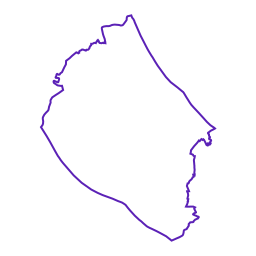 the district of Mo Cay Nam, Bến Tre, Vietnam
{"feature_id": "81297802B48166206611574", "entity_name": "Mo Cay Nam", "entity_type": "district", "adm_level": 2, "iso_a3": "VNM", "parent_name": "Vietnam", "parent_adm1": "Bến Tre", "projection": "albers", "projection_center": [106.374, 10.071], "detail": "fine", "context": "isolated", "style": "outline", "palette": "violet", "viewbox_px": 256, "rotation_deg": 0, "n_neighbors": 0, "source": "geoboundaries", "source_scale": "gbopen_adm2", "svg_char_len": 5607}
<svg xmlns="http://www.w3.org/2000/svg" viewBox="0 0 256 256"><path d="M81.7,182.8L91.2,189.5L97.7,192.9L102.7,195.1L112.6,198.7L118.1,201.1L120.6,202.0L122.1,202.6L123.7,203.6L125.6,204.9L125.8,205.2L127.9,207.9L130.0,210.4L134.8,215.7L137.5,218.2L139.2,219.8L141.3,221.4L143.2,223.2L146.8,226.3L147.8,226.9L149.9,228.0L151.3,228.6L156.3,231.0L159.4,232.6L166.2,236.3L170.6,239.8L171.6,240.6L179.8,237.0L181.6,236.0L182.4,235.5L182.8,235.1L183.2,234.2L183.4,233.4L183.6,232.5L183.7,231.7L183.8,230.8L184.0,230.4L184.2,230.1L184.7,229.8L186.6,229.1L187.1,228.3L187.2,228.0L187.3,227.8L187.7,227.5L187.9,227.0L188.2,226.4L188.5,226.2L188.7,225.9L188.8,225.5L188.7,224.2L188.8,223.9L189.1,223.7L189.3,223.5L189.5,223.3L189.6,223.1L189.7,222.9L189.8,222.6L190.5,222.3L191.7,222.2L192.5,222.2L192.8,222.1L193.0,222.1L193.4,221.9L193.7,221.1L194.8,220.0L195.2,219.6L195.5,219.5L195.8,219.4L196.0,219.3L196.6,219.0L197.3,218.7L197.7,218.6L197.8,218.4L198.0,218.3L198.1,218.0L198.3,217.8L198.6,217.5L198.7,217.4L198.7,217.0L198.6,216.8L198.4,216.7L198.1,216.6L197.9,216.6L197.6,216.5L197.0,216.3L196.5,215.9L195.6,215.6L194.2,215.0L193.2,214.5L193.1,214.4L193.1,214.2L193.3,214.0L194.1,213.3L195.1,212.9L195.7,212.6L196.0,212.4L196.0,212.2L195.3,211.0L195.2,210.9L195.1,210.7L194.8,209.9L194.5,209.5L194.2,208.6L194.2,208.4L194.7,207.9L195.1,207.4L193.2,206.6L191.4,206.6L187.3,206.7L186.0,206.6L186.8,204.9L187.2,204.1L187.6,202.8L188.0,201.5L187.7,201.4L188.3,199.1L187.4,198.7L188.1,195.7L188.2,195.2L188.1,194.5L188.0,193.8L187.7,192.5L187.7,192.2L187.2,191.8L187.1,191.3L189.0,191.2L186.9,186.0L187.6,183.4L188.3,183.3L188.5,183.3L188.8,182.9L189.2,181.5L189.8,180.8L190.5,180.1L191.0,179.8L191.6,179.1L192.2,178.4L192.4,177.8L192.6,177.4L193.7,176.7L193.3,175.0L194.6,175.4L194.7,174.2L194.2,174.1L194.6,170.2L194.6,169.4L194.5,168.6L194.4,167.5L194.4,165.6L194.3,165.0L194.2,163.5L193.9,160.4L194.0,159.5L194.5,157.9L194.6,157.4L194.8,156.2L194.4,156.2L194.1,156.1L193.9,156.0L193.5,155.7L193.3,155.5L193.1,155.0L193.0,154.8L192.8,154.6L190.4,153.7L190.9,151.8L190.9,151.0L191.0,150.3L194.1,146.2L197.1,142.9L198.4,141.2L198.9,140.5L199.7,141.1L201.4,139.1L202.7,140.0L203.1,139.7L202.9,139.4L203.2,139.2L203.7,139.7L204.0,139.8L205.2,142.1L206.4,144.8L206.6,145.0L207.5,145.5L207.9,145.4L207.9,145.2L207.8,144.9L207.6,144.8L207.5,144.6L207.5,144.3L207.5,144.0L207.4,143.7L207.6,143.4L208.0,143.5L208.3,143.6L208.6,143.9L208.7,144.3L209.0,144.6L209.3,144.7L209.8,144.6L210.3,144.0L210.6,143.5L210.7,143.3L210.6,143.1L209.7,143.0L209.5,142.9L209.6,142.5L210.1,142.1L210.5,141.5L210.7,141.2L211.1,140.8L211.1,140.6L211.1,140.4L211.0,140.1L210.9,139.9L210.5,139.6L210.3,139.5L209.6,139.3L209.3,139.2L209.1,138.9L209.1,138.6L209.1,138.1L209.4,137.9L209.7,137.7L209.9,137.4L210.0,137.2L209.9,136.9L209.2,136.1L209.1,135.8L209.0,135.5L209.0,135.0L209.0,134.6L209.0,134.3L208.8,134.1L208.3,133.8L208.1,133.4L208.0,133.2L208.1,132.7L208.4,132.5L208.9,132.2L210.8,130.7L213.8,129.2L215.0,128.5L214.4,127.9L212.0,126.3L210.4,125.2L206.8,121.8L203.6,118.2L198.7,112.8L193.6,107.4L191.3,104.8L189.7,102.5L188.4,100.4L186.3,97.1L185.3,95.4L183.6,92.6L183.2,92.1L182.3,91.4L177.2,87.2L170.7,82.2L165.9,77.0L157.7,65.7L156.7,64.1L155.3,61.9L153.8,59.4L152.7,57.5L151.4,55.6L148.9,51.5L148.1,50.1L147.3,48.7L146.7,47.5L146.1,46.4L143.4,41.1L140.6,35.7L134.7,22.2L134.2,20.7L133.3,19.0L132.2,17.7L131.6,16.3L131.3,15.4L127.5,16.3L127.2,16.6L126.9,17.2L126.8,17.7L126.7,18.4L126.7,19.0L126.6,19.9L126.5,20.2L126.3,20.5L124.1,23.5L123.1,24.8L122.5,25.2L121.8,25.4L120.7,25.5L119.6,25.1L118.3,24.9L117.0,24.8L114.8,24.6L112.9,24.8L111.4,25.2L110.5,25.7L110.1,25.8L109.4,26.0L108.9,26.1L106.7,26.1L105.8,26.2L105.2,26.3L103.9,26.5L103.1,26.8L102.4,27.1L102.0,27.4L101.8,28.0L101.9,29.1L103.0,34.2L103.6,36.1L104.7,39.0L105.0,40.7L105.2,41.5L105.3,42.2L105.4,43.2L104.9,43.1L104.6,42.9L104.6,42.6L104.5,42.4L104.3,42.3L104.2,42.4L104.1,42.7L104.0,43.0L103.9,43.1L103.5,43.1L102.9,42.9L102.6,42.8L102.4,42.9L101.6,43.2L101.2,43.2L100.2,43.0L99.8,43.0L99.6,42.9L99.4,42.7L99.2,42.4L98.9,41.6L98.7,41.0L98.4,40.6L98.2,41.4L97.9,41.2L97.6,41.0L97.3,40.6L96.7,41.5L95.9,42.7L95.8,43.1L95.0,42.9L94.1,42.9L93.5,43.3L92.3,43.8L91.9,43.9L91.4,43.8L91.2,43.8L91.2,45.1L91.1,45.3L90.6,45.6L90.4,45.8L90.3,46.2L90.2,46.4L89.8,46.9L89.5,47.5L89.5,48.0L89.3,48.3L89.1,48.7L88.3,49.6L88.1,49.7L87.2,49.8L86.6,49.7L86.4,49.8L86.2,49.9L86.0,50.5L85.9,50.6L85.5,50.5L82.8,49.5L82.0,49.7L81.8,49.7L81.6,50.0L80.3,50.6L79.8,50.9L79.4,51.2L79.2,51.6L79.2,52.0L79.2,52.5L79.2,52.8L78.4,53.1L78.2,53.3L77.7,52.9L77.4,52.7L77.1,52.6L76.6,52.6L76.1,52.8L76.0,52.6L72.0,55.9L69.5,58.3L66.1,60.8L65.9,64.4L64.3,67.3L62.0,72.2L60.7,73.1L60.2,73.5L59.9,74.2L59.5,74.6L59.1,74.7L58.5,74.7L58.1,74.4L57.5,74.0L57.2,73.9L56.8,74.1L56.5,74.7L56.4,75.4L56.3,76.0L55.7,77.0L55.6,77.5L55.8,77.8L56.3,77.9L58.2,78.0L58.7,78.1L59.0,78.4L59.1,78.8L59.1,79.3L59.0,79.8L58.7,80.4L58.5,81.2L58.4,81.8L58.2,82.2L57.8,82.3L57.3,82.2L55.1,81.2L54.3,80.8L54.0,80.8L53.8,80.9L53.6,81.3L53.6,82.0L53.8,82.6L54.2,83.2L54.8,83.5L55.6,84.0L57.1,85.1L57.7,85.4L58.8,85.6L60.3,85.8L61.2,85.9L62.0,85.8L63.1,90.0L58.6,93.2L55.9,94.9L52.2,97.4L50.7,99.9L50.5,100.7L50.5,101.2L50.6,102.4L50.6,102.7L49.7,105.0L49.6,105.4L49.1,106.6L48.5,109.8L47.8,110.9L45.9,112.8L44.2,114.8L43.8,115.6L43.2,116.7L42.8,117.8L42.8,118.5L42.8,119.0L43.2,121.3L43.1,122.4L43.1,123.0L43.0,123.6L42.9,124.0L42.6,124.9L42.0,125.8L41.0,127.1L46.7,136.2L50.1,142.0L55.0,150.9L57.9,156.0L58.9,157.3L60.8,160.2L62.5,162.4L63.5,163.6L73.7,175.4L81.7,182.8Z" fill="none" stroke="#5b21b6" stroke-width="2"/></svg>